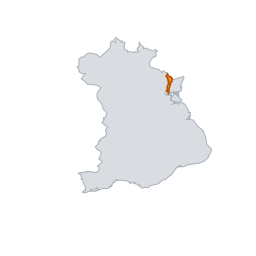 Laranjal do Jari, Amapá, Brazil (highlighted), rotated 38°
{"feature_id": "56859067B40732020557984", "entity_name": "Laranjal do Jari", "entity_type": "district", "adm_level": 2, "iso_a3": "BRA", "parent_name": "Brazil", "parent_adm1": "Amapá", "projection": "orthographic", "projection_center": [-53.198, 0.775], "detail": "medium", "context": "in_parent", "style": "filled", "palette": "amber", "viewbox_px": 256, "rotation_deg": 38, "n_neighbors": 0, "source": "geoboundaries", "source_scale": "gbopen_adm2", "svg_char_len": 4994}
<svg xmlns="http://www.w3.org/2000/svg" viewBox="0 0 256 256"><g transform="rotate(38 128 128)"><path d="M75.0,66.2L77.1,68.2L79.9,67.3L80.8,68.5L82.3,66.7L86.1,64.9L86.9,63.2L89.4,62.3L89.5,61.2L86.8,60.8L86.1,56.2L83.8,53.2L87.0,54.7L89.8,54.6L91.8,56.1L92.4,54.3L99.7,52.1L101.3,50.6L101.2,49.2L103.3,49.2L104.0,49.8L103.3,52.2L105.2,52.8L105.8,54.7L104.5,56.2L103.9,60.0L105.2,64.1L108.6,66.4L110.1,66.0L110.9,64.7L112.2,65.0L116.1,62.9L121.0,63.6L120.2,61.9L121.0,60.8L122.0,61.3L125.2,60.4L128.8,62.5L130.4,61.5L133.8,62.2L140.2,53.1L141.2,54.1L143.4,62.4L144.5,63.7L146.6,64.4L146.9,66.6L143.2,70.6L141.0,71.9L138.0,77.4L135.1,78.2L138.1,78.3L142.6,75.5L143.5,79.0L144.7,80.1L149.3,78.9L148.0,82.9L149.8,79.7L151.9,77.9L153.0,78.4L153.5,77.8L153.0,76.4L154.5,74.7L158.1,74.3L165.7,77.3L166.3,78.8L167.3,77.8L169.1,78.9L169.6,80.3L168.7,81.2L169.1,81.6L170.0,80.7L170.2,81.6L169.4,82.5L168.8,85.2L170.0,84.1L170.9,82.0L171.0,83.5L174.5,81.6L182.4,83.9L188.7,83.7L194.8,87.3L200.1,92.3L206.7,93.2L207.9,95.1L209.3,102.4L208.5,107.1L205.7,111.9L198.2,119.7L198.3,119.1L196.7,122.6L194.3,125.7L193.3,126.2L192.6,124.8L191.9,125.5L190.7,128.8L191.0,138.2L189.3,143.5L189.3,145.7L187.2,147.9L186.3,153.2L181.1,159.8L180.7,162.8L177.9,164.1L176.4,166.6L172.8,166.7L172.1,165.7L171.8,166.8L166.3,167.0L166.5,167.9L162.9,169.9L160.9,169.9L157.4,171.6L152.9,174.7L152.0,176.2L151.3,175.6L151.0,176.3L150.0,176.0L151.2,176.9L150.2,177.8L149.8,179.4L150.4,182.9L149.3,188.1L145.6,191.0L141.1,198.0L137.0,201.1L136.9,200.0L139.8,198.8L142.4,195.0L142.5,194.3L140.8,194.7L139.8,193.5L140.3,194.7L139.8,196.1L137.3,198.4L136.4,200.2L136.7,201.2L134.7,204.7L132.2,206.8L131.6,206.5L131.6,204.8L133.0,203.3L130.7,200.9L125.6,198.1L124.0,196.5L122.5,197.3L122.3,196.2L119.4,193.8L118.0,194.4L116.5,194.1L122.7,187.4L123.4,187.4L123.3,186.7L130.4,182.7L131.0,179.3L129.6,176.8L127.3,176.8L128.7,170.9L127.2,170.0L124.1,170.5L122.5,164.3L119.9,163.2L118.0,164.0L113.9,163.1L114.3,159.0L112.9,155.6L114.1,154.9L113.0,154.0L115.4,147.8L113.9,145.0L111.6,143.8L111.7,140.0L104.3,139.9L103.9,136.7L102.4,135.1L103.7,135.1L102.6,129.7L100.2,128.5L97.3,128.6L91.9,125.0L86.3,124.1L83.9,122.1L82.1,119.1L81.8,112.7L77.0,113.4L68.9,118.5L66.5,117.8L60.8,118.0L60.9,111.4L58.2,113.7L54.4,113.8L53.5,111.7L50.2,111.3L51.0,109.5L46.7,103.5L47.7,102.4L47.5,100.7L49.9,98.9L49.4,97.3L50.7,93.2L54.8,90.6L59.0,89.2L62.4,89.7L64.5,76.5L63.6,73.6L61.8,72.0L61.9,68.9L65.5,68.6L64.9,66.9L62.7,66.9L62.7,64.1L69.6,64.1L69.5,62.9L70.6,64.0L72.8,62.4L74.0,64.2L74.1,66.4L75.0,66.2ZM145.4,72.0L153.3,72.8L151.4,77.5L150.0,77.6L149.7,78.4L148.5,78.0L147.3,79.2L144.3,79.2L143.2,76.8L144.0,76.2L143.0,75.4L143.7,72.7L145.4,72.0ZM138.6,77.7L139.8,74.3L141.1,73.8L141.0,75.9L138.6,77.7ZM147.5,70.4L146.8,71.6L145.0,71.3L145.3,70.5L147.5,70.4ZM144.8,69.0L144.5,71.6L143.8,71.3L144.8,69.0ZM148.8,72.0L147.7,72.1L147.2,71.9L148.5,71.2L148.8,72.0ZM143.6,72.1L142.5,72.9L142.0,72.5L142.8,71.7L143.6,72.1ZM145.8,69.8L145.2,69.3L146.2,68.8L146.3,69.3L145.8,69.8ZM145.1,63.3L144.5,63.4L144.3,62.4L145.0,62.4L145.1,63.3ZM150.6,185.1L150.4,184.4L150.9,183.7L151.0,183.9L150.6,185.1ZM163.5,169.6L163.7,170.5L162.9,170.3L163.5,169.6ZM150.4,179.9L150.1,179.5L150.6,179.1L150.8,179.2L150.4,179.9ZM169.8,83.5L169.3,84.5L169.8,83.1L169.8,83.5ZM192.9,126.3L192.1,126.6L192.6,125.9L192.9,126.3ZM168.2,167.4L167.5,167.6L167.3,167.5L167.8,167.1L168.2,167.4ZM191.5,128.0L191.2,128.5L191.1,128.2L191.5,128.0ZM167.7,76.9L167.8,77.4L167.6,77.4L167.7,76.9Z" fill="#d9dde1" stroke="#a8b0b8" stroke-width="1"/><path d="M135.6,75.2L136.3,74.9L136.7,74.9L137.1,75.1L137.3,75.4L137.6,75.5L138.0,75.2L138.2,75.3L138.1,75.1L138.2,74.8L138.0,74.7L137.8,74.5L137.7,74.3L137.7,74.0L137.5,73.9L137.6,73.6L137.5,73.4L137.5,73.0L137.1,72.6L136.7,72.6L136.5,72.4L136.4,72.2L136.1,72.0L135.8,72.0L135.5,72.1L135.5,71.9L135.7,71.6L135.7,71.3L135.8,70.4L135.0,69.0L135.0,68.3L134.7,68.1L134.7,67.9L134.4,67.8L134.4,67.4L134.2,67.4L134.1,66.9L133.8,66.7L133.8,66.2L134.2,65.0L134.1,64.9L133.7,64.8L133.7,64.6L133.8,64.2L133.6,63.9L133.4,63.2L133.1,62.9L133.0,62.6L132.4,62.2L132.6,61.8L132.2,61.5L131.9,61.7L131.6,61.8L131.3,61.9L131.1,61.8L130.8,61.8L130.8,61.7L130.4,61.7L130.5,61.5L130.4,61.4L130.1,61.5L129.9,61.6L129.8,61.8L129.6,61.7L129.6,62.0L128.6,62.2L127.5,62.1L126.8,61.6L126.5,61.6L126.4,61.4L126.4,61.1L126.2,61.0L125.6,61.1L126.0,61.6L125.9,61.9L126.1,62.1L125.9,62.4L125.9,62.7L126.1,63.1L126.2,63.7L126.2,63.9L126.9,63.9L127.2,64.1L127.7,64.1L128.0,64.1L128.5,64.6L128.8,64.7L128.9,64.9L129.0,65.0L129.3,65.0L129.7,65.3L129.8,65.3L129.8,65.5L130.0,65.5L130.5,65.6L130.6,65.4L130.7,65.5L130.8,65.7L130.9,65.8L131.1,65.7L131.3,65.8L131.2,66.0L131.4,66.1L131.3,66.4L131.8,66.2L131.9,66.6L131.7,66.7L131.9,67.6L133.2,68.6L133.0,69.0L132.9,69.9L133.2,70.4L133.2,70.7L133.6,71.1L133.9,72.1L134.3,72.2L134.3,72.3L135.0,72.8L134.9,73.2L135.0,73.3L134.9,73.5L135.2,74.0L135.7,74.0L135.8,74.6L135.6,75.2Z" fill="#f59e0b" stroke="#b45309" stroke-width="1.5"/></g></svg>